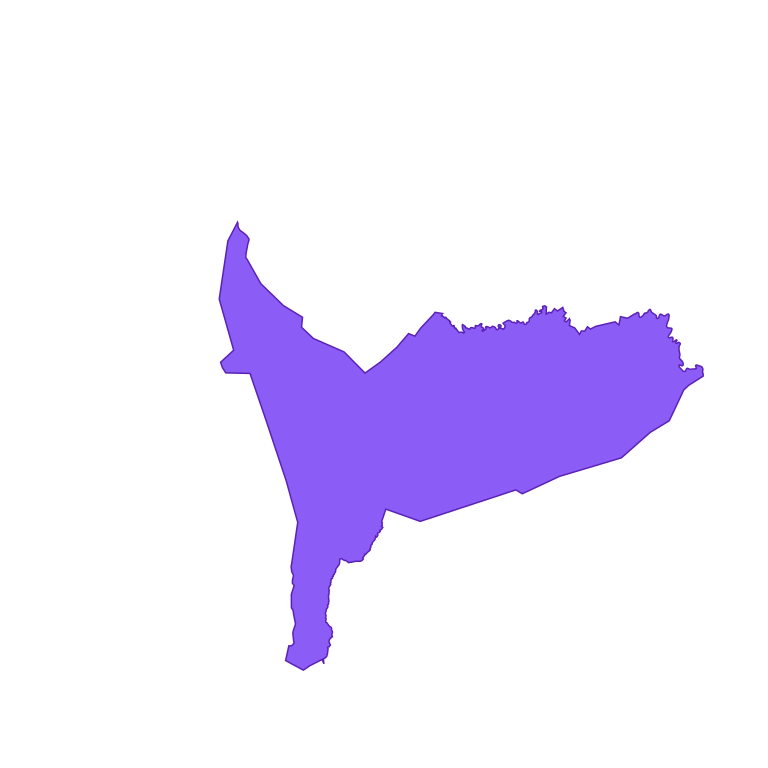 Concepción Buenavista, Puebla, Mexico, rotated 48°
{"feature_id": "50627088B88871984884720", "entity_name": "Concepción Buenavista", "entity_type": "district", "adm_level": 2, "iso_a3": "MEX", "parent_name": "Mexico", "parent_adm1": "Puebla", "projection": "orthographic", "projection_center": [-97.427, 17.984], "detail": "fine", "context": "isolated", "style": "filled", "palette": "violet", "viewbox_px": 768, "rotation_deg": 48, "n_neighbors": 0, "source": "geoboundaries", "source_scale": "gbopen_adm2", "svg_char_len": 6158}
<svg xmlns="http://www.w3.org/2000/svg" viewBox="0 0 768 768"><g transform="rotate(48 384 384)"><path d="M269.9,494.1L286.5,476.5L333.1,496.4L390.6,521.5L429.1,540.7L455.3,572.3L457.6,575.3L461.7,578.1L465.8,579.4L468.6,583.4L470.8,585.4L473.6,585.6L478.4,593.7L488.4,602.6L491.3,603.0L494.7,605.3L503.1,610.3L506.8,616.8L508.2,618.5L514.5,623.1L516.0,623.7L516.6,625.7L516.8,627.1L516.0,628.8L514.9,629.9L523.7,642.2L542.7,635.4L543.7,627.7L547.3,614.4L551.8,615.9L547.7,613.0L548.2,611.6L548.1,608.9L546.3,606.1L543.2,602.6L542.4,602.5L542.1,602.1L542.0,601.3L542.6,600.6L542.1,598.5L538.8,597.4L537.4,595.6L537.1,591.8L537.3,591.5L535.4,590.5L533.8,588.2L531.4,587.4L530.6,586.5L529.3,586.1L527.2,586.7L523.1,586.2L522.2,586.7L520.9,585.7L520.3,584.6L519.6,584.0L518.7,584.0L517.4,582.0L515.1,581.1L514.1,579.1L512.9,577.6L512.4,575.5L511.8,574.6L510.4,573.7L510.5,572.7L509.2,571.3L508.8,570.5L504.2,567.0L503.3,565.4L501.4,563.8L501.1,563.0L498.4,561.5L497.4,557.8L496.2,557.2L496.2,556.5L495.2,555.7L494.6,554.7L493.6,554.1L493.9,552.2L492.6,551.2L492.9,550.3L491.9,548.9L492.1,548.2L491.1,546.5L491.3,546.0L489.2,543.4L488.2,538.2L487.1,536.5L484.5,534.0L485.7,532.1L486.6,532.2L488.8,531.4L489.4,530.5L493.2,529.8L493.6,528.7L494.6,527.6L496.8,523.6L499.8,520.4L500.5,518.5L500.2,516.4L498.9,516.1L498.5,513.1L497.6,512.1L498.3,511.4L498.0,508.7L498.2,507.1L498.1,505.7L497.9,505.0L497.2,505.0L496.4,502.8L495.0,501.7L495.2,500.3L494.0,498.6L493.5,494.6L492.8,493.9L491.5,492.1L492.8,492.0L492.8,491.5L492.1,489.5L490.9,489.2L490.5,488.1L491.2,487.1L491.0,485.4L489.9,485.0L490.4,483.3L489.7,480.8L488.0,481.0L487.8,479.8L486.1,478.6L485.8,478.0L484.9,478.2L478.2,466.4L510.3,449.0L550.9,356.9L558.1,354.7L570.1,315.3L597.7,257.0L598.1,218.3L602.2,196.6L589.0,165.2L588.9,158.2L591.7,141.6L590.4,140.3L588.4,139.3L587.4,138.4L586.7,137.3L585.8,136.8L584.2,136.3L582.5,136.9L581.1,137.8L579.3,138.7L578.8,139.6L578.8,140.1L578.9,140.3L581.3,141.2L581.4,141.6L580.6,143.2L579.1,144.9L578.4,146.2L577.4,147.0L575.4,148.0L575.1,148.7L575.2,149.2L576.1,151.2L575.7,152.5L574.7,153.1L570.1,153.2L568.6,153.1L567.8,152.7L567.6,151.4L569.6,150.6L570.1,150.2L570.2,149.4L569.8,148.7L568.7,147.8L567.6,147.4L566.1,147.1L563.1,147.3L562.6,147.2L561.8,146.5L560.2,144.4L556.4,142.2L554.3,140.4L553.3,139.2L552.7,137.3L552.1,136.7L551.1,136.7L550.3,137.1L549.9,138.0L549.8,139.2L549.3,139.7L548.7,139.6L548.1,139.1L547.5,137.0L546.9,137.1L546.7,137.7L546.5,140.2L545.9,141.0L545.3,141.0L543.9,139.0L542.5,138.3L541.7,138.8L540.6,141.2L539.5,141.3L538.9,140.9L538.5,140.1L537.7,136.5L536.8,134.6L535.9,133.2L535.0,133.0L532.5,135.2L531.8,135.6L530.5,135.6L529.9,135.2L529.1,134.2L527.2,130.9L526.7,129.6L525.4,128.0L524.1,126.4L522.9,125.8L522.3,125.8L521.7,126.7L521.5,129.3L520.8,130.3L520.3,130.6L518.0,131.2L517.0,131.9L517.1,133.0L518.6,135.7L518.4,136.8L517.8,137.4L517.2,137.3L516.4,136.5L515.6,136.0L514.3,136.0L510.2,137.1L509.6,137.1L507.1,136.3L506.4,136.5L506.4,138.5L507.0,139.8L507.0,140.8L506.8,141.4L505.8,142.6L505.8,143.6L506.4,145.4L506.4,147.4L506.2,148.6L505.7,149.1L504.9,149.2L504.0,148.9L501.9,147.3L500.7,147.4L500.2,148.3L500.1,150.1L499.6,150.9L498.1,159.0L492.2,163.2L497.3,169.9L492.5,170.6L482.9,187.9L481.3,193.8L477.6,194.5L479.0,199.5L476.6,201.8L478.0,205.5L470.1,204.7L464.6,207.1L461.2,203.1L459.6,202.5L459.8,207.0L457.8,207.7L456.8,204.6L453.7,205.6L452.9,201.1L450.5,201.6L446.7,199.9L445.8,206.2L442.1,206.9L443.1,211.9L441.1,213.4L440.6,216.6L435.9,212.3L435.6,211.7L434.3,211.9L433.3,212.4L432.5,214.3L434.3,215.4L434.6,216.2L434.5,216.9L433.7,218.5L433.8,219.6L434.0,219.8L434.5,219.5L434.7,219.1L435.4,218.5L436.3,218.8L436.5,219.1L435.6,221.8L435.4,223.1L434.8,223.1L432.7,221.5L432.0,221.3L430.9,221.4L430.5,221.9L430.8,222.6L431.5,223.1L432.3,225.0L432.5,227.5L432.6,228.1L433.1,228.8L432.4,231.6L432.7,232.3L434.6,234.2L434.7,234.8L434.5,235.8L433.9,236.6L434.5,237.7L434.6,238.5L433.8,239.6L433.0,239.7L432.3,239.3L431.1,239.1L430.8,239.5L430.5,240.9L430.1,241.7L429.5,241.9L426.7,242.3L426.1,242.6L426.0,242.9L426.3,243.2L427.3,243.7L427.3,245.1L426.7,245.6L425.8,245.7L425.2,246.0L425.0,246.5L424.2,247.3L423.5,247.6L421.8,247.8L421.1,248.1L420.3,248.5L419.8,249.2L419.3,250.6L418.5,254.7L418.8,255.0L421.4,254.9L422.0,255.2L422.3,255.6L423.2,257.6L423.2,258.7L422.6,258.7L422.2,259.2L421.3,259.3L420.1,260.5L419.6,260.4L419.4,258.4L419.1,258.0L418.7,257.9L417.6,258.2L416.9,258.7L416.8,259.5L417.7,260.6L418.9,260.7L419.4,261.0L419.3,261.6L419.7,262.5L419.6,262.9L419.4,263.5L418.8,263.9L418.3,264.0L417.5,263.6L416.0,263.5L414.4,264.2L413.7,264.8L413.5,267.2L413.2,267.6L410.3,269.0L409.7,269.6L409.6,270.4L409.9,270.6L410.9,270.7L411.3,271.2L411.1,274.2L410.8,275.4L410.1,275.5L409.9,275.2L410.1,273.2L409.9,272.9L408.0,272.8L406.9,273.4L406.4,273.4L405.9,273.1L405.1,271.3L404.6,271.1L404.0,271.6L403.8,273.0L403.9,275.0L403.7,275.4L401.8,276.9L402.1,277.6L403.2,278.4L403.4,279.1L403.2,279.5L401.3,280.6L400.1,281.9L400.6,283.6L400.2,284.2L398.3,284.7L397.5,285.3L396.5,285.8L395.6,285.0L392.4,285.9L392.5,286.2L393.5,287.2L395.6,288.7L397.6,289.3L399.2,289.5L399.4,289.7L399.4,290.7L397.7,291.4L396.4,292.8L396.0,293.8L394.2,293.8L393.0,293.5L392.1,293.7L391.5,293.5L390.8,293.8L390.6,293.7L390.6,293.3L390.4,293.3L389.5,294.0L388.4,293.6L388.0,293.0L387.4,292.9L387.2,293.2L387.4,293.6L387.3,293.9L386.8,294.3L385.7,294.5L385.1,294.2L383.3,294.4L382.8,294.1L382.6,293.1L382.4,293.0L381.9,293.3L381.5,293.4L381.2,293.0L380.6,292.9L380.2,293.3L378.7,293.3L377.0,293.7L376.2,293.4L375.8,293.5L375.9,293.9L375.5,294.5L375.3,294.3L373.7,295.0L373.2,294.9L372.3,295.7L371.9,295.7L372.0,295.2L371.8,294.8L370.5,294.1L370.6,293.5L364.9,298.1L365.5,301.0L367.0,319.4L369.1,329.0L363.0,332.0L365.3,349.9L365.3,371.8L363.2,390.8L333.5,392.2L302.9,406.0L286.6,407.3L279.9,399.9L258.4,406.3L227.1,408.4L199.7,402.3L198.2,402.3L196.7,401.3L194.4,398.8L188.6,391.2L186.9,388.3L185.8,387.3L181.7,386.7L176.4,387.5L174.2,388.1L172.7,388.1L170.1,387.5L168.2,386.3L166.9,385.1L165.8,384.6L173.2,404.3L210.6,449.6L258.3,473.1L258.5,490.9L263.9,493.2L269.9,494.1Z" fill="#8b5cf6" stroke="#5b21b6" stroke-width="1.5"/></g></svg>